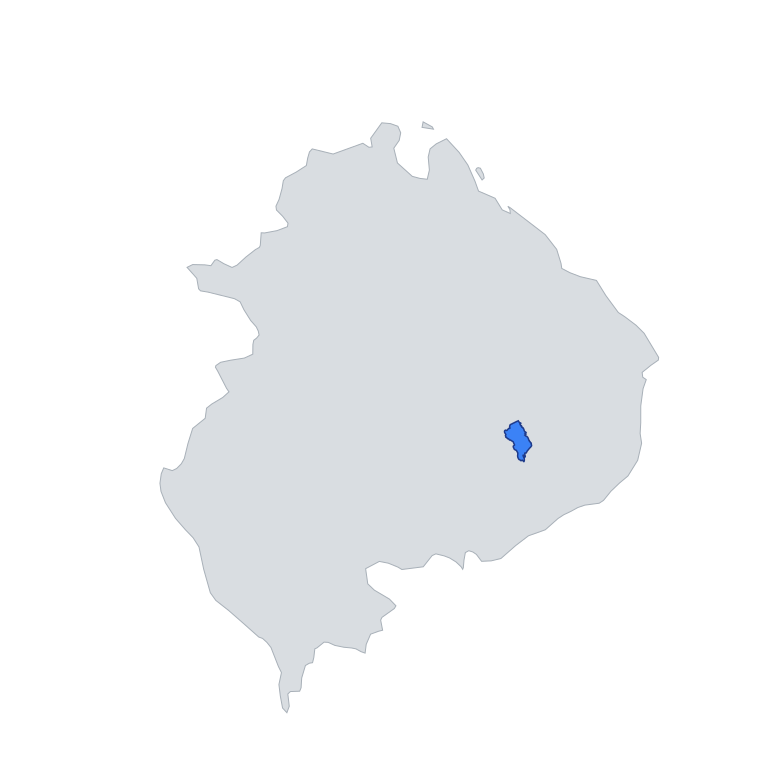 Banteay Srei, Siemréab, Cambodia shown in context, rotated 151°
{"feature_id": "14789045B44101089408344", "entity_name": "Banteay Srei", "entity_type": "district", "adm_level": 2, "iso_a3": "KHM", "parent_name": "Cambodia", "parent_adm1": "Siemréab", "projection": "natural_earth1", "projection_center": [104.003, 13.597], "detail": "fine", "context": "in_parent", "style": "filled", "palette": "blue", "viewbox_px": 768, "rotation_deg": 151, "n_neighbors": 0, "source": "geoboundaries", "source_scale": "gbopen_adm2", "svg_char_len": 7075}
<svg xmlns="http://www.w3.org/2000/svg" viewBox="0 0 768 768"><g transform="rotate(151 384 384)"><path d="M628.3,143.6L629.8,149.8L625.9,161.5L621.6,172.1L613.6,181.3L613.3,188.1L610.6,208.4L611.7,214.9L613.6,220.4L616.2,223.4L623.2,243.3L629.7,261.3L636.0,276.2L637.1,285.6L631.5,309.4L624.8,331.2L625.5,342.1L628.4,353.0L631.5,367.5L632.7,386.1L631.1,398.2L628.1,405.8L622.3,413.5L617.3,417.4L611.2,410.9L606.3,410.6L599.9,412.5L594.8,415.6L584.4,426.9L572.9,437.9L557.0,440.7L550.9,448.9L544.2,450.0L531.6,450.4L523.4,452.3L523.8,456.5L523.2,475.9L523.3,480.4L522.1,481.6L516.4,482.2L506.7,479.2L493.6,474.4L484.3,473.7L479.5,482.1L476.7,485.4L473.2,485.9L469.5,487.4L468.3,491.2L468.0,495.9L469.8,504.0L470.5,516.8L470.0,525.6L473.4,531.1L493.4,549.7L499.3,554.4L500.0,557.1L496.5,567.2L499.7,581.5L493.4,581.2L483.0,575.1L478.0,571.4L471.9,574.3L469.8,573.8L465.7,566.8L460.4,559.6L454.9,559.2L443.2,562.0L431.3,563.9L426.8,563.9L425.0,565.2L418.1,575.8L415.2,574.0L403.2,570.0L392.2,568.4L390.0,571.2L391.3,579.8L393.7,588.3L392.3,591.9L386.3,596.3L378.4,604.4L373.5,610.6L370.2,612.1L358.1,611.9L346.0,612.7L341.2,618.6L336.7,623.1L332.8,624.4L317.0,609.8L285.8,604.8L282.4,598.3L279.4,597.1L276.5,605.4L259.3,613.5L252.1,608.6L246.9,602.7L247.6,595.6L252.6,589.7L261.1,585.5L265.1,570.8L258.6,551.9L252.9,546.4L246.9,542.1L240.6,549.1L235.3,561.1L229.7,567.3L221.9,568.7L210.4,568.2L206.0,550.2L204.5,534.9L206.1,517.3L207.8,506.9L196.8,492.6L196.2,479.0L190.9,471.9L189.3,475.5L189.5,479.4L188.0,476.6L170.6,436.5L167.7,418.0L170.7,403.7L172.5,398.9L167.5,391.3L160.4,382.8L148.0,371.6L147.1,353.8L144.4,332.9L140.7,325.9L135.0,313.0L131.9,302.3L130.9,274.1L132.5,271.9L141.3,271.0L152.6,269.0L154.4,264.5L152.5,260.7L159.7,254.3L170.1,240.3L178.2,225.7L184.0,216.5L187.4,207.3L199.1,194.3L215.2,185.3L226.1,183.2L237.5,180.2L248.4,175.8L253.6,175.4L267.1,180.7L274.4,182.0L282.1,182.0L290.1,182.5L297.0,182.0L313.6,178.3L331.2,181.2L346.9,178.9L366.3,174.7L375.9,177.3L384.6,181.6L385.8,190.2L387.8,194.1L390.7,197.1L394.6,197.1L399.5,191.1L403.6,185.0L405.0,183.8L405.2,186.9L407.3,193.5L411.0,200.1L414.7,204.5L421.0,210.3L425.1,210.6L438.3,205.1L458.3,213.1L460.6,217.1L467.1,225.2L474.1,231.1L489.6,231.4L495.1,217.1L492.4,208.4L483.5,193.2L481.1,184.2L483.9,182.6L498.9,180.9L501.4,179.1L504.6,169.3L508.7,170.4L517.0,171.7L525.8,164.9L531.0,157.8L533.9,161.1L537.0,166.0L540.4,168.9L546.7,173.2L553.7,179.2L558.1,185.1L561.6,187.3L570.5,185.7L572.9,185.9L578.0,178.8L581.6,174.9L584.7,176.0L589.2,175.9L598.5,166.8L603.8,158.5L606.7,156.2L615.0,160.4L618.4,159.5L623.1,148.1L628.3,143.6ZM200.1,526.6L198.4,527.7L196.8,527.6L195.1,526.0L195.3,519.5L196.5,515.6L199.3,514.9L200.1,526.6ZM226.3,590.0L222.7,594.3L217.1,585.4L217.2,582.9L226.3,590.0Z" fill="#d9dde1" stroke="#a8b0b8" stroke-width="1"/><path d="M283.4,283.5L283.6,283.9L284.1,284.4L284.2,284.5L284.3,284.7L284.3,285.5L284.4,286.2L284.4,286.4L284.4,286.7L284.6,286.7L285.1,286.8L286.6,286.9L288.4,287.0L289.2,287.0L289.3,287.0L289.8,287.1L290.9,287.1L291.1,287.1L291.5,287.1L292.1,287.2L292.4,287.2L292.5,287.2L293.0,287.2L293.4,287.1L293.5,287.1L293.7,286.9L293.8,286.9L293.9,286.7L294.0,286.7L294.3,286.4L294.6,286.2L294.8,285.6L294.9,285.2L295.0,285.1L295.1,284.8L295.2,284.7L295.2,284.4L295.3,284.4L295.4,284.5L295.5,284.6L295.8,284.4L296.0,284.6L296.3,284.6L296.5,284.7L296.8,284.6L297.1,284.5L297.6,284.3L298.0,284.2L298.5,284.0L298.9,283.9L299.0,283.8L299.3,283.9L299.4,284.0L299.7,284.3L300.1,284.7L300.2,284.8L300.4,284.8L300.5,284.8L300.8,284.7L301.0,284.6L301.3,284.5L301.5,284.2L301.8,283.8L301.9,283.5L302.0,283.0L302.0,282.7L302.0,282.4L302.0,282.1L301.9,281.5L301.9,281.1L301.9,280.8L302.1,280.7L302.3,280.4L302.6,280.2L302.8,280.0L302.9,279.8L302.9,279.6L303.0,278.8L303.1,278.6L303.2,278.3L303.0,278.2L302.9,278.0L302.7,277.8L302.6,276.9L302.4,276.2L302.1,275.9L301.9,275.9L301.7,275.6L301.6,275.3L301.5,275.0L301.5,274.7L301.4,274.4L301.4,274.2L301.2,274.0L300.7,273.8L300.5,273.5L300.4,273.2L300.2,273.0L299.9,272.4L299.8,272.1L299.6,271.9L299.5,271.7L299.2,271.3L299.0,270.9L299.2,269.7L299.2,269.2L299.3,268.6L299.3,268.3L299.3,268.1L299.3,267.7L299.4,267.4L299.5,267.3L299.6,267.2L300.7,267.1L300.8,267.1L301.1,266.9L301.3,266.6L301.4,266.4L301.5,266.2L301.5,265.7L301.6,265.0L301.6,264.6L301.7,264.1L301.7,263.8L301.6,263.6L301.5,263.4L301.4,263.1L301.2,262.8L301.1,262.6L300.8,262.3L300.6,262.0L300.5,261.9L300.4,261.6L300.4,260.9L300.4,259.8L300.4,258.9L300.5,258.8L300.5,258.6L300.7,258.3L301.0,257.8L301.2,257.5L301.5,257.0L302.0,256.4L302.1,256.1L302.2,255.8L302.3,255.6L302.4,255.3L302.5,255.0L302.5,254.5L302.6,254.2L302.6,253.3L302.6,253.1L302.6,252.8L302.5,252.6L302.4,252.3L302.2,252.1L302.0,251.9L301.9,251.7L301.7,251.2L301.5,250.8L301.5,250.6L301.4,250.5L301.2,250.4L300.5,250.4L300.1,250.4L299.9,250.2L299.8,249.8L299.7,249.7L299.6,249.4L299.6,249.1L299.4,248.6L299.3,248.3L299.2,248.3L298.9,248.5L298.7,248.7L298.4,249.0L298.1,249.5L297.8,250.1L297.6,250.4L297.5,250.7L297.4,251.2L297.4,251.9L297.3,252.8L297.2,253.4L297.1,253.6L297.0,254.1L296.9,254.2L296.8,254.3L296.7,254.3L296.6,254.2L296.5,253.9L296.5,253.7L296.6,253.0L296.7,252.5L296.7,252.0L296.6,251.9L296.5,251.7L296.4,251.7L296.0,251.8L295.9,251.9L295.6,252.1L295.4,252.4L295.4,252.9L295.3,253.1L294.8,254.6L294.6,254.9L294.5,255.1L294.4,255.2L294.3,255.3L294.2,255.3L293.8,255.1L293.4,254.8L293.0,254.8L292.8,254.9L292.7,255.0L292.1,255.4L291.6,255.7L291.4,255.9L290.0,256.4L289.4,256.7L289.1,256.8L288.5,257.0L287.9,257.3L286.5,257.6L286.3,257.8L286.0,257.9L285.7,258.0L285.2,258.3L284.9,258.4L284.8,258.6L284.6,258.9L284.6,259.0L284.5,259.4L284.5,259.6L284.4,259.8L284.4,260.0L284.2,260.2L284.2,260.3L284.2,260.5L283.9,260.9L283.9,261.1L284.1,261.3L284.2,261.5L284.2,261.8L284.3,261.9L284.3,262.0L284.2,262.1L284.2,262.3L284.3,262.6L284.3,263.0L284.4,263.3L284.5,263.4L284.5,263.5L284.5,264.1L284.4,264.2L284.5,264.4L284.5,264.7L284.5,264.9L284.4,265.1L284.4,265.4L284.4,265.5L284.4,265.8L284.2,266.2L284.2,266.3L284.2,266.8L284.2,267.0L284.1,267.5L284.2,267.8L284.2,268.0L284.3,268.2L284.3,268.3L284.4,268.6L284.5,268.7L284.6,268.8L284.6,269.2L284.7,269.3L285.0,269.5L285.2,269.9L285.3,269.9L285.4,270.1L285.4,270.4L285.4,270.5L285.3,270.9L285.4,271.0L285.1,271.1L285.0,271.3L285.0,271.5L284.9,271.6L284.7,271.6L284.6,271.8L284.6,272.0L284.5,271.8L284.5,272.0L284.3,272.0L284.2,271.9L284.2,272.0L284.0,272.3L283.9,272.4L284.0,272.5L283.8,272.5L283.9,272.8L283.9,273.0L283.7,273.1L283.4,273.1L283.5,273.3L283.6,273.5L284.0,274.5L284.0,274.8L284.0,275.1L284.0,275.3L283.8,275.8L283.6,277.0L283.6,277.4L283.6,277.5L283.7,277.9L283.6,278.0L283.7,278.3L283.8,278.3L283.8,278.5L283.9,278.8L284.0,278.9L284.0,279.0L284.2,279.3L284.3,279.3L284.4,279.5L284.2,279.9L284.2,280.0L284.0,280.3L284.1,280.6L284.1,280.8L284.1,281.0L284.3,281.1L284.5,281.1L284.5,281.3L284.5,281.5L284.6,281.8L284.6,282.0L284.5,282.3L284.4,282.3L284.3,282.5L284.3,282.8L284.5,283.0L284.4,283.3L284.3,283.5L284.2,283.4L284.0,283.5L283.9,283.4L283.8,283.5L283.4,283.5Z" fill="#3b82f6" stroke="#1e3a8a" stroke-width="1.5"/></g></svg>